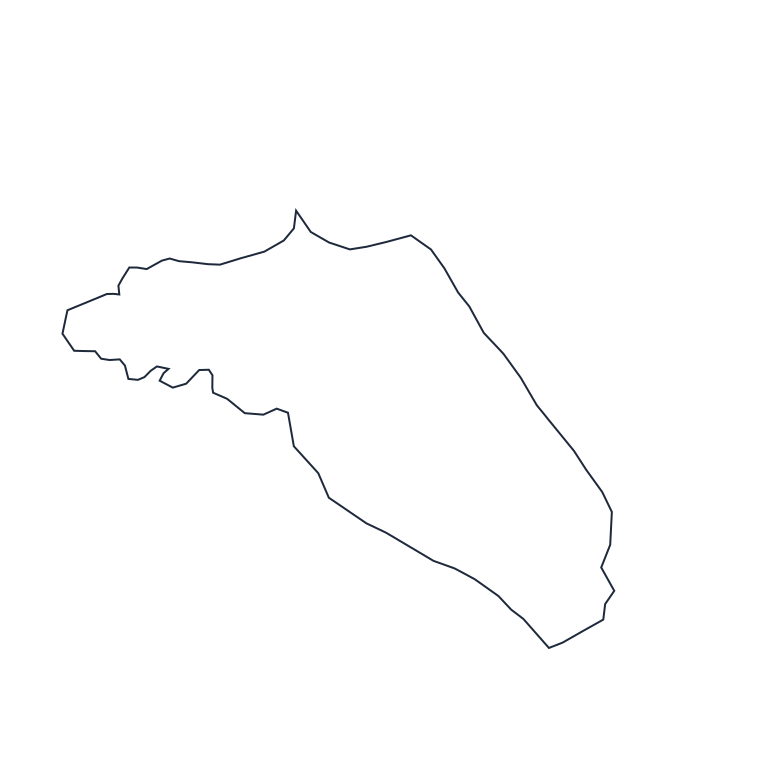 Ahoada West, Rivers, Nigeria, rotated 121°
{"feature_id": "59680162B31457176745984", "entity_name": "Ahoada West", "entity_type": "district", "adm_level": 2, "iso_a3": "NGA", "parent_name": "Nigeria", "parent_adm1": "Rivers", "projection": "robinson", "projection_center": [6.521, 5.02], "detail": "fine", "context": "isolated", "style": "outline", "palette": "slate", "viewbox_px": 768, "rotation_deg": 121, "n_neighbors": 0, "source": "geoboundaries", "source_scale": "gbopen_adm2", "svg_char_len": 1264}
<svg xmlns="http://www.w3.org/2000/svg" viewBox="0 0 768 768"><g transform="rotate(121 384 384)"><path d="M513.8,97.8L493.5,86.4L473.0,74.7L458.7,81.1L442.7,80.1L429.4,103.3L405.3,107.3L376.3,122.8L364.2,141.3L353.4,166.5L343.5,186.7L329.6,225.4L327.9,229.9L324.2,240.2L323.4,242.3L308.2,270.0L296.7,296.9L295.7,300.2L288.8,324.8L273.6,350.8L267.4,367.6L253.7,391.9L244.5,413.0L242.7,437.5L260.8,454.9L275.3,469.6L286.2,482.6L291.0,503.9L291.3,518.8L291.4,525.1L280.7,548.6L297.0,541.4L312.6,543.8L332.1,554.7L349.4,571.0L366.2,586.1L372.0,596.7L378.5,611.1L384.3,623.0L386.8,632.3L392.6,637.9L407.7,646.6L411.3,655.5L415.3,662.3L427.9,662.6L436.5,662.3L443.6,657.0L446.0,662.2L449.6,667.9L483.8,693.3L488.6,691.7L506.5,685.5L515.1,666.7L510.2,658.0L504.7,648.5L508.0,639.5L504.8,631.6L499.0,623.2L501.6,615.6L511.3,605.7L507.2,597.1L501.5,592.9L492.9,590.8L485.9,587.7L482.0,576.5L488.3,578.5L496.7,578.0L495.9,563.2L485.6,553.7L467.2,549.6L462.0,541.5L464.9,535.5L475.7,529.2L479.5,526.0L477.5,510.9L480.7,488.3L472.4,471.6L460.4,463.3L458.1,451.5L483.8,429.2L494.3,394.4L509.9,372.7L512.5,327.3L510.4,305.6L510.1,250.4L505.7,228.4L504.6,205.7L506.8,176.8L511.9,158.8L513.6,143.5L525.3,106.7L513.8,97.8Z" fill="none" stroke="#1e293b" stroke-width="2"/></g></svg>